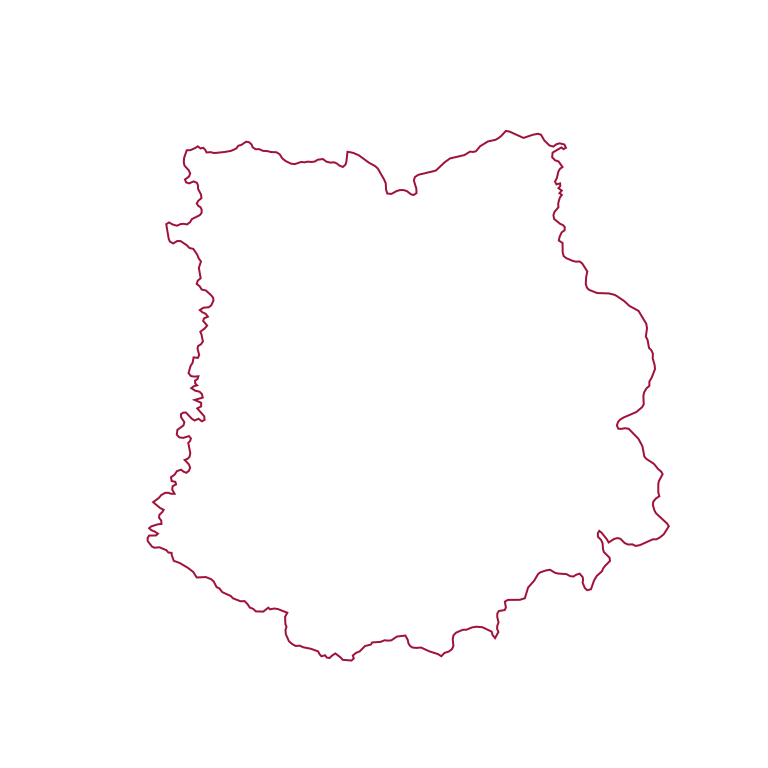 the district of Patrocínio, Minas Gerais, Brazil, rotated 75°
{"feature_id": "56859067B77345042852245", "entity_name": "Patrocínio", "entity_type": "district", "adm_level": 2, "iso_a3": "BRA", "parent_name": "Brazil", "parent_adm1": "Minas Gerais", "projection": "albers", "projection_center": [-47.063, -18.985], "detail": "fine", "context": "isolated", "style": "outline", "palette": "rose", "viewbox_px": 768, "rotation_deg": 75, "n_neighbors": 0, "source": "geoboundaries", "source_scale": "gbopen_adm2", "svg_char_len": 6153}
<svg xmlns="http://www.w3.org/2000/svg" viewBox="0 0 768 768"><g transform="rotate(75 384 384)"><path d="M199.3,147.8L197.0,152.1L197.0,155.4L198.5,158.9L196.4,162.5L190.0,166.2L183.9,167.8L182.1,170.6L181.8,176.0L182.4,185.6L172.6,197.5L171.1,200.8L174.6,206.3L176.0,209.4L177.0,213.1L176.6,220.8L179.2,229.6L183.0,235.0L182.9,238.0L181.8,240.7L183.7,247.2L183.2,261.8L185.5,268.0L191.3,278.7L190.8,296.7L192.1,300.6L195.1,302.5L203.7,302.2L208.0,303.2L209.1,306.4L207.9,308.7L203.6,312.0L201.8,314.8L200.8,318.4L200.9,321.9L202.3,327.6L200.9,331.5L196.8,331.7L190.8,330.4L186.8,330.9L174.3,334.2L171.3,336.1L166.2,341.4L156.7,349.0L153.0,353.6L151.4,356.6L150.3,359.2L159.3,362.7L162.1,364.4L163.7,367.6L161.5,370.5L158.7,372.6L156.9,374.9L156.3,378.5L154.4,382.0L150.9,384.8L150.2,390.1L151.2,393.1L150.8,396.5L149.5,400.0L149.3,403.4L148.1,406.4L148.5,413.3L147.1,416.8L143.1,421.4L139.6,423.9L135.1,425.3L132.4,427.8L130.6,433.4L129.0,436.0L127.4,440.7L124.8,443.8L124.1,447.1L121.4,449.6L118.4,449.9L115.5,451.8L114.3,454.5L116.2,460.1L116.1,463.0L118.2,465.6L118.9,468.8L119.2,471.9L118.6,478.2L117.0,488.2L115.2,491.4L114.4,495.5L111.4,496.1L109.0,497.5L109.0,500.3L106.2,502.4L107.3,505.7L108.0,510.6L107.2,514.1L114.1,518.7L118.0,520.0L121.4,520.2L127.1,517.3L130.4,516.7L133.2,518.7L134.9,523.3L138.0,523.0L139.8,520.3L139.0,515.5L141.3,512.6L144.3,512.3L147.3,513.1L153.7,511.7L157.3,512.3L158.9,515.9L161.2,518.2L163.9,517.3L165.8,515.5L168.3,515.0L171.5,515.9L173.2,518.2L175.0,526.9L177.5,529.5L178.9,532.9L177.4,536.1L176.9,539.0L177.5,543.1L175.2,546.9L172.3,549.8L173.3,553.0L188.4,554.4L191.1,553.9L193.7,551.2L192.4,546.9L193.3,543.5L199.0,538.5L202.2,536.8L204.2,533.2L210.6,531.0L214.9,530.4L218.3,529.1L223.9,532.8L234.4,533.7L235.9,537.1L238.9,539.0L242.0,536.7L245.5,535.7L247.6,531.8L253.7,527.9L256.6,526.7L259.4,527.2L263.3,530.5L264.5,533.4L263.6,538.6L264.9,542.8L267.7,540.9L270.0,538.1L273.4,536.7L274.0,540.8L276.2,542.4L281.8,539.7L283.8,542.6L286.0,547.9L289.1,547.5L296.0,547.9L298.2,550.4L299.2,553.7L301.6,555.0L308.2,555.0L310.6,557.0L309.0,561.0L314.0,563.4L316.4,566.1L322.9,570.0L326.4,568.4L327.8,565.2L328.5,561.3L330.9,562.9L331.9,565.7L334.6,566.2L336.9,564.9L336.9,568.0L338.1,571.2L341.5,568.2L343.7,564.2L346.6,562.5L350.2,562.6L350.4,571.0L354.8,565.5L358.3,566.4L359.2,570.7L368.7,566.0L372.2,566.6L372.9,569.6L369.6,572.1L370.2,576.4L367.8,578.6L360.3,582.7L359.7,585.3L360.5,587.9L363.7,588.6L369.2,586.7L372.1,588.4L374.8,595.4L379.3,597.3L382.6,595.5L384.1,591.8L383.8,585.9L386.6,584.6L388.8,586.0L390.2,588.3L400.6,589.0L403.9,590.6L405.4,592.9L405.8,596.2L411.1,593.3L414.7,592.9L417.3,594.9L418.6,597.9L416.8,600.3L414.2,602.3L414.6,606.6L417.4,609.8L418.9,613.9L422.8,614.2L424.5,610.9L427.1,610.8L428.0,614.6L431.2,615.9L435.8,614.7L435.0,618.0L433.2,620.6L432.5,623.6L433.6,627.9L435.8,631.0L438.4,637.6L445.9,632.3L448.5,629.4L450.4,631.4L452.2,634.8L455.0,635.9L458.3,634.5L461.6,635.2L461.0,638.8L461.3,645.7L462.5,648.2L465.1,646.5L466.9,644.0L470.1,641.1L471.3,643.4L469.6,650.1L471.6,652.2L474.5,652.9L481.0,650.2L482.7,648.2L483.6,643.2L488.2,637.2L491.0,635.9L492.1,632.9L494.5,633.3L500.4,632.8L504.0,627.7L510.7,621.1L516.2,616.9L522.4,615.0L524.4,606.0L527.8,601.5L530.6,599.6L536.8,598.3L538.8,595.9L543.3,594.0L549.1,586.9L551.9,585.4L556.8,578.7L557.6,574.9L561.3,572.8L565.2,571.5L567.3,568.6L570.5,566.6L572.6,559.4L570.1,553.7L572.2,552.3L572.4,548.3L573.9,544.8L579.9,536.6L583.3,539.8L590.5,541.4L593.2,541.0L596.0,542.8L600.3,543.6L607.8,542.4L611.3,540.1L614.2,537.1L614.9,533.2L617.4,530.1L620.8,523.2L625.2,516.9L628.2,516.2L630.8,514.9L630.8,511.1L633.3,510.2L634.6,507.5L632.9,504.5L631.7,500.7L636.6,496.9L639.7,495.3L642.7,487.0L641.3,484.2L638.2,484.4L636.5,480.7L636.0,476.7L632.2,470.2L632.3,464.2L630.6,462.3L632.2,454.0L631.7,449.8L632.9,446.6L633.5,443.3L631.3,436.9L632.5,428.5L637.3,427.3L641.0,427.5L643.7,426.6L645.8,424.9L647.3,421.1L648.1,416.5L654.1,409.2L658.8,401.8L661.8,399.1L659.4,395.2L659.2,390.6L657.7,387.0L655.1,384.8L648.0,383.6L644.7,381.9L642.8,378.7L641.8,371.5L642.7,367.9L641.9,362.1L642.3,357.8L644.4,351.9L651.1,344.1L654.4,344.1L658.2,342.5L653.2,337.7L649.7,338.1L646.9,337.2L644.0,335.1L638.3,334.9L635.1,334.0L633.0,331.8L633.6,325.9L631.4,324.1L625.5,323.6L624.6,320.3L627.6,308.7L627.4,303.4L617.9,297.5L612.9,289.9L607.4,284.3L606.4,281.8L606.0,275.8L606.4,271.7L610.6,267.7L612.1,265.0L614.9,256.9L617.8,253.9L619.0,250.8L618.0,247.9L617.8,244.1L621.9,242.1L624.8,242.4L627.2,243.6L633.1,242.8L635.8,241.1L635.8,237.2L628.2,232.0L624.4,228.1L621.3,221.9L618.8,220.0L616.8,217.4L613.4,211.5L610.2,211.1L603.2,215.1L600.2,215.2L594.5,214.1L590.8,214.7L586.9,216.9L583.6,216.1L581.6,214.1L584.0,212.3L591.5,209.0L595.2,208.0L593.2,201.8L593.3,198.2L594.7,195.7L599.9,192.7L602.2,189.8L603.2,185.5L605.5,182.9L605.9,178.6L603.6,164.7L604.5,161.1L603.7,157.4L601.5,152.6L595.1,145.7L592.0,146.7L579.3,154.7L576.1,155.5L570.4,155.6L567.4,154.4L565.0,151.1L563.7,147.1L559.7,147.1L551.5,144.9L548.8,143.5L543.2,138.2L540.2,139.0L537.2,141.2L530.9,144.0L524.2,150.0L521.4,151.3L511.0,150.5L502.8,152.4L490.5,159.3L489.1,162.7L488.8,166.1L487.9,169.2L484.3,169.8L481.3,167.8L479.5,165.1L478.4,161.3L476.4,147.6L473.2,140.7L470.9,138.4L462.5,136.5L459.4,134.9L456.2,131.7L454.5,128.2L450.3,127.0L447.0,123.7L439.6,118.3L435.6,117.7L428.6,117.8L424.3,116.4L420.4,117.1L417.7,118.7L409.6,118.0L406.0,118.8L398.1,115.5L393.7,115.1L379.3,119.2L372.0,126.8L366.1,130.5L359.7,136.0L357.6,138.1L354.7,143.4L351.3,154.6L346.0,161.7L343.3,163.1L339.5,163.2L333.2,161.1L327.9,158.5L318.7,161.4L316.3,163.4L315.4,167.2L313.9,169.9L309.6,175.4L306.8,177.4L302.8,177.3L294.0,175.0L290.7,178.0L287.3,176.3L283.5,173.1L282.3,169.8L279.1,168.8L276.7,170.1L274.9,172.4L268.7,176.9L264.9,176.7L261.9,174.8L258.4,169.8L255.0,169.1L252.1,167.6L249.4,165.8L247.4,163.3L245.1,165.1L243.2,162.2L240.0,164.8L238.4,162.5L235.8,162.0L235.8,165.8L232.7,166.4L229.8,163.7L223.8,160.5L221.7,158.3L220.6,155.4L214.2,157.8L212.3,160.8L208.5,162.9L204.1,161.2L201.4,151.4L203.6,149.8L202.9,147.1L199.3,147.8Z" fill="none" stroke="#9f1239" stroke-width="2"/></g></svg>